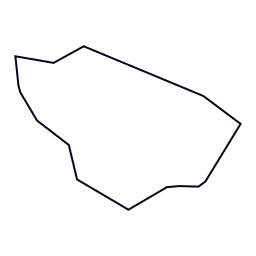 SVG path tracing the border of Veržej
{"feature_id": "SVN-267", "entity_name": "Veržej", "entity_type": "Municipality", "adm_level": 1, "iso_a3": "SVN", "parent_name": "Slovenia", "parent_adm1": "", "projection": "natural_earth1", "projection_center": [16.171, 46.583], "detail": "fine", "context": "isolated", "style": "outline", "palette": "ink", "viewbox_px": 256, "rotation_deg": 0, "n_neighbors": 0, "source": "natural_earth", "source_scale": "10m", "svg_char_len": 303}
<svg xmlns="http://www.w3.org/2000/svg" viewBox="0 0 256 256"><path d="M83.7,46.3L203.3,96.0L240.6,123.9L205.4,181.5L198.5,186.6L178.9,186.1L166.8,187.2L128.4,209.7L77.1,179.5L68.8,145.0L37.1,120.6L20.1,92.0L18.4,85.1L15.4,56.3L53.6,62.9L83.7,46.3Z" fill="none" stroke="#020617" stroke-width="2"/></svg>